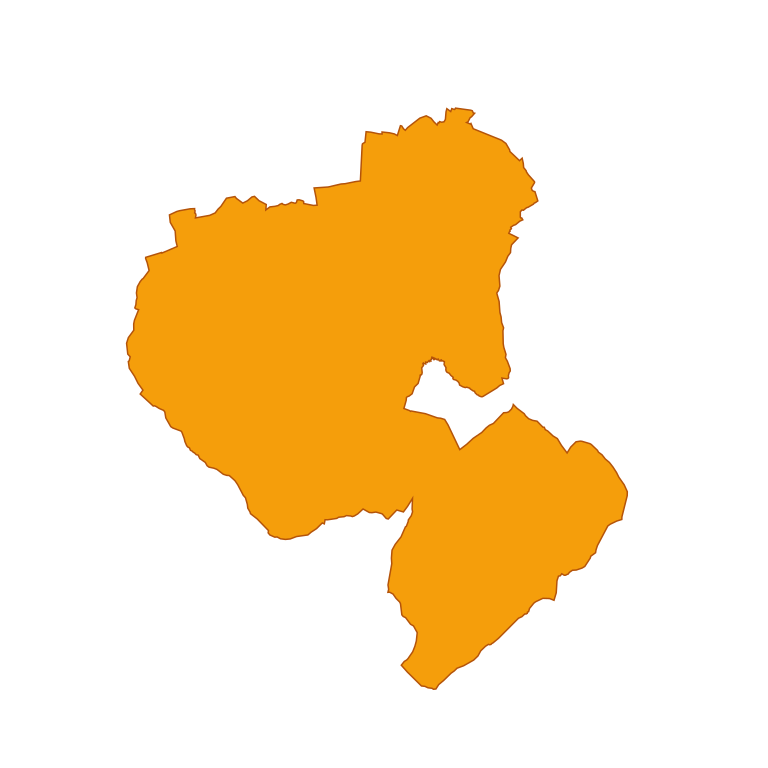 the district of Ulies, Harghita, Romania, rotated 283°
{"feature_id": "2599482B10637984769645", "entity_name": "Ulies", "entity_type": "district", "adm_level": 2, "iso_a3": "ROU", "parent_name": "Romania", "parent_adm1": "Harghita", "projection": "natural_earth1", "projection_center": [25.262, 46.196], "detail": "fine", "context": "isolated", "style": "filled", "palette": "amber", "viewbox_px": 768, "rotation_deg": 283, "n_neighbors": 0, "source": "geoboundaries", "source_scale": "gbopen_adm2", "svg_char_len": 6165}
<svg xmlns="http://www.w3.org/2000/svg" viewBox="0 0 768 768"><g transform="rotate(283 384 384)"><path d="M635.1,467.8L632.1,465.8L638.9,454.3L640.3,453.8L645.8,448.7L648.0,443.6L652.8,413.5L657.4,410.1L656.7,409.7L657.4,405.7L658.4,406.9L662.8,408.0L664.1,409.2L668.2,411.4L668.2,410.0L670.1,408.6L670.3,407.0L668.9,391.6L667.5,391.2L667.3,390.8L667.6,388.1L664.5,387.7L666.4,383.3L663.2,383.2L655.6,384.3L653.0,383.5L652.0,381.2L652.2,379.2L650.7,378.7L650.9,378.0L648.3,377.5L650.7,373.6L653.5,370.1L654.8,364.8L651.1,359.1L639.1,349.3L636.0,347.7L637.0,345.7L639.4,343.2L639.4,341.9L629.1,341.1L630.0,337.8L630.0,332.8L629.1,325.4L627.2,325.9L626.6,323.0L626.4,314.5L625.8,309.8L615.3,311.1L613.2,309.0L611.7,309.0L576.5,315.3L574.9,310.9L570.4,301.0L569.2,297.1L563.4,285.3L559.3,271.8L550.5,275.8L543.2,278.6L542.1,275.1L541.8,265.2L543.8,264.6L544.2,263.6L544.4,259.9L543.8,258.0L541.1,257.8L540.1,256.8L540.2,252.8L537.8,250.1L536.3,247.6L536.3,245.4L537.0,244.0L535.5,241.9L534.1,240.8L532.6,237.8L530.9,233.0L527.0,229.7L532.4,228.9L534.5,221.0L537.7,215.6L536.5,213.2L531.8,209.7L528.5,205.7L531.6,198.5L533.1,196.6L529.6,188.7L520.3,185.1L517.1,183.0L512.7,181.0L509.1,176.2L503.4,162.9L506.3,162.8L507.9,161.9L508.1,161.0L510.2,161.0L510.9,160.3L512.3,160.0L511.1,155.7L506.9,145.9L505.5,143.3L500.5,136.9L493.4,139.4L486.1,146.1L476.7,149.0L471.5,151.6L461.6,138.1L462.1,137.7L453.8,123.3L452.7,123.5L448.9,126.0L441.7,129.6L432.6,125.6L431.8,124.8L429.0,123.4L423.4,121.8L417.0,122.3L412.6,124.0L409.6,123.8L405.5,124.4L402.1,124.1L401.4,125.3L401.2,128.2L390.0,126.5L386.2,126.6L380.1,128.1L371.8,124.5L365.8,124.0L355.5,127.6L353.4,130.6L349.3,130.5L348.4,129.8L342.0,132.3L335.4,139.2L329.3,144.2L323.8,150.5L319.4,148.7L310.6,164.1L311.1,165.1L310.9,166.8L309.6,170.5L308.7,175.3L307.3,176.8L301.9,179.0L294.5,185.8L293.6,188.2L292.5,196.7L291.7,197.8L285.8,201.7L283.2,202.9L279.5,205.6L278.5,206.9L278.0,208.8L275.9,210.3L275.4,212.3L274.5,213.6L274.3,214.8L272.9,216.9L272.9,218.9L269.9,221.3L267.4,227.5L264.6,230.0L263.6,232.2L263.7,237.1L263.2,240.5L259.9,247.7L259.6,251.3L260.0,253.8L256.3,260.5L253.0,264.1L243.8,272.0L242.0,274.6L236.0,277.9L232.4,279.2L229.2,282.2L227.6,283.1L224.0,290.8L215.2,304.4L212.9,304.6L211.2,306.8L210.2,312.0L210.9,314.3L209.9,318.0L210.4,322.9L211.9,327.4L215.7,333.1L219.8,343.8L223.2,346.3L227.9,350.8L234.7,355.1L234.3,357.3L238.5,357.1L239.0,359.6L242.4,368.2L244.0,369.8L245.8,375.1L247.3,376.9L247.9,381.2L247.7,383.0L248.7,384.7L251.5,387.6L257.5,391.7L255.5,398.6L255.9,401.2L257.4,404.9L257.2,409.9L257.0,411.6L253.5,416.4L253.4,418.5L264.1,424.8L263.7,431.7L269.9,434.4L279.0,437.5L268.5,439.5L265.9,440.6L261.8,440.2L257.1,438.3L255.4,438.5L250.4,437.8L249.6,437.0L238.9,435.0L230.3,431.0L223.9,429.2L216.0,430.4L210.7,432.0L189.1,433.1L185.0,434.7L181.9,434.7L182.4,436.3L181.4,440.0L177.8,444.0L175.1,448.3L173.6,449.5L163.1,453.3L161.8,455.0L161.2,457.6L155.9,463.9L154.9,467.2L149.2,472.3L140.8,473.3L135.4,473.1L129.5,472.2L121.7,469.1L120.1,468.1L118.3,466.2L113.9,464.1L108.5,471.7L98.2,488.4L98.6,491.9L97.9,495.2L98.3,499.3L97.7,500.8L98.5,503.2L103.4,504.9L108.7,508.9L117.3,514.4L120.2,517.0L123.5,519.1L127.4,525.0L135.2,533.5L140.1,536.7L145.8,538.3L151.2,541.8L153.8,544.3L153.7,545.5L154.3,546.8L155.5,547.5L156.2,548.4L162.0,552.8L186.0,567.7L188.3,570.7L191.6,572.9L191.9,574.2L192.8,575.2L194.0,575.1L194.7,576.1L198.1,576.3L204.2,579.3L205.9,580.7L210.9,587.0L212.2,593.5L211.5,598.3L219.3,598.8L231.2,596.8L236.0,597.2L236.8,598.9L239.1,599.9L238.2,602.6L238.6,604.1L239.4,604.8L240.1,606.1L242.3,607.1L244.9,609.5L246.0,613.2L249.2,618.4L251.4,620.7L260.7,624.1L262.7,624.2L267.2,628.1L270.0,627.9L274.6,628.3L296.0,634.0L298.3,636.0L302.8,641.6L305.5,646.2L308.0,645.7L329.9,646.1L333.8,645.3L339.8,640.7L346.0,633.8L349.9,630.6L354.5,625.9L358.3,621.2L360.7,616.5L364.1,612.3L365.8,608.3L367.4,606.9L371.7,599.6L372.2,598.0L372.7,589.7L372.5,588.1L370.9,584.1L364.5,580.1L358.0,577.9L364.1,570.7L369.8,565.2L371.4,560.4L375.1,554.0L375.8,551.4L377.9,549.9L377.7,548.5L382.2,541.5L382.0,537.0L382.7,532.8L384.9,529.0L386.6,527.3L390.2,519.2L393.1,514.6L391.2,514.6L388.1,513.8L384.9,511.8L383.8,510.0L382.9,507.0L370.2,499.5L367.5,496.0L364.2,493.4L358.8,490.2L351.1,483.1L343.9,478.2L337.1,472.6L358.5,455.6L363.1,451.1L363.4,447.0L363.0,443.7L364.4,431.0L363.8,416.6L363.3,416.0L363.8,415.1L364.6,408.9L373.0,409.3L375.9,408.9L376.9,409.6L377.8,411.1L380.8,413.6L388.0,414.4L392.2,417.1L399.9,417.5L400.7,417.2L401.1,417.6L401.2,418.2L402.2,418.7L403.8,418.6L408.3,417.1L410.9,418.3L412.7,417.3L413.3,417.6L412.9,418.1L412.9,420.2L414.7,419.7L414.7,421.4L416.9,422.6L416.3,423.4L417.5,423.5L416.8,423.8L416.9,424.5L417.9,424.0L418.5,424.6L420.9,424.6L420.9,425.2L419.6,425.1L419.7,425.8L420.6,426.4L420.5,427.5L420.1,427.5L419.6,426.5L418.9,427.2L420.2,428.8L419.5,430.4L420.5,431.1L419.0,432.8L419.4,434.7L420.2,434.1L420.4,434.3L419.9,435.1L419.4,437.8L416.4,438.2L413.9,440.7L411.6,441.1L410.4,441.8L409.6,442.8L409.1,445.2L407.4,447.2L406.1,449.9L405.1,449.8L404.1,450.6L404.0,453.2L403.2,455.3L401.8,457.0L400.0,457.9L399.0,461.4L398.8,464.0L399.5,465.3L399.2,468.5L398.6,469.1L397.3,472.5L397.3,473.8L395.9,474.8L394.4,477.3L394.4,478.6L393.8,479.2L393.5,481.2L393.6,482.4L394.3,483.4L405.5,494.8L408.6,497.1L411.2,500.4L416.3,497.6L416.6,502.3L417.1,503.4L418.1,504.0L420.3,503.3L423.1,503.4L425.1,504.1L427.4,503.4L433.9,499.1L436.9,496.4L440.3,496.2L446.7,492.5L450.1,491.1L462.7,487.9L465.6,487.9L470.3,484.8L475.7,483.0L479.9,480.8L490.3,477.6L497.6,473.6L498.4,473.5L500.8,474.5L505.4,474.9L515.5,471.7L521.9,471.7L530.2,474.9L536.3,475.9L540.5,477.7L544.7,477.0L548.4,477.0L556.5,481.8L558.9,471.7L560.3,471.9L561.0,472.5L562.2,472.0L564.0,473.2L565.2,472.2L567.7,474.5L568.9,476.4L573.2,479.7L575.2,482.3L576.8,480.8L576.6,479.9L577.2,479.3L582.5,478.1L584.6,479.3L584.7,480.8L587.9,483.3L588.6,484.6L592.8,489.1L594.2,489.8L594.7,490.7L597.0,492.7L605.4,487.8L605.4,486.3L606.1,484.7L608.1,483.5L614.1,485.4L615.0,485.1L620.4,477.5L622.7,475.1L623.8,474.5L626.3,471.4L630.3,470.1L635.1,467.8Z" fill="#f59e0b" stroke="#b45309" stroke-width="1.5"/></g></svg>